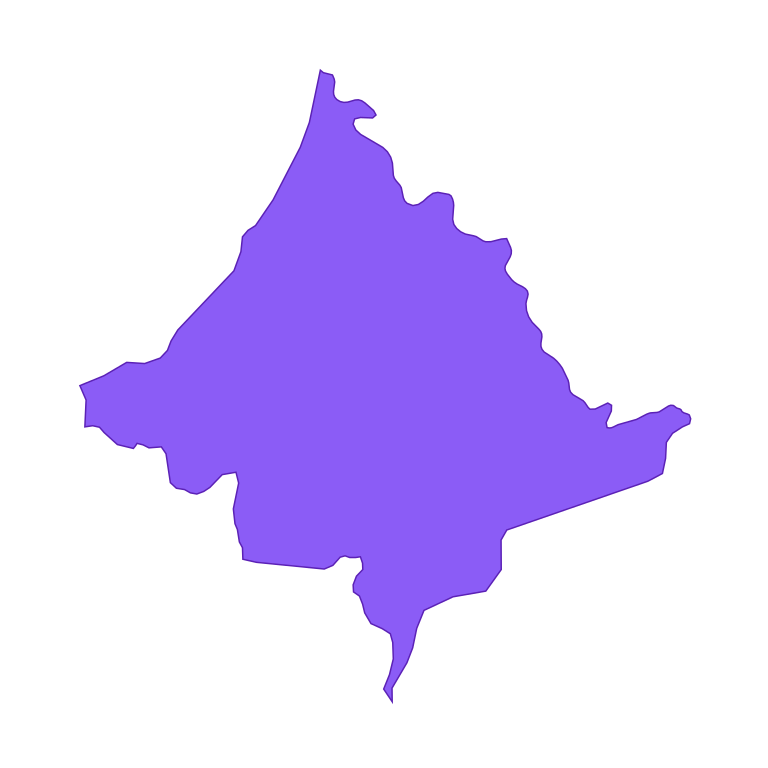 the border of Gorgol, rotated 176°
{"feature_id": "MRT-2791", "entity_name": "Gorgol", "entity_type": "Region", "adm_level": 1, "iso_a3": "MRT", "parent_name": "Mauritania", "parent_adm1": "", "projection": "orthographic", "projection_center": [-12.986, 15.995], "detail": "fine", "context": "isolated", "style": "filled", "palette": "violet", "viewbox_px": 768, "rotation_deg": 176, "n_neighbors": 0, "source": "natural_earth", "source_scale": "10m", "svg_char_len": 2789}
<svg xmlns="http://www.w3.org/2000/svg" viewBox="0 0 768 768"><g transform="rotate(176 384 384)"><path d="M99.4,342.8L96.9,342.4L96.2,341.9L93.9,339.8L92.9,339.3L90.7,338.5L89.9,337.9L89.4,337.4L88.9,336.1L88.5,335.5L86.9,334.3L83.2,332.8L81.6,331.8L80.5,327.9L82.0,323.1L89.3,320.4L99.6,314.7L106.4,306.1L108.3,290.1L112.5,275.3L127.6,268.6L271.7,229.8L278.1,220.2L280.0,190.7L296.9,170.3L330.1,166.9L359.9,155.4L368.4,138.0L373.8,118.8L380.6,104.3L397.2,80.1L398.0,66.5L405.6,79.7L398.8,93.7L393.9,109.1L393.3,125.5L395.1,134.4L402.9,140.1L413.7,145.9L419.2,157.0L420.7,165.9L423.3,174.2L428.9,178.7L428.8,185.8L424.9,194.2L418.1,200.4L417.9,206.8L419.6,213.3L424.3,212.9L430.3,213.3L434.8,215.3L439.8,214.3L447.6,206.7L456.5,203.6L523.6,215.0L537.0,219.0L536.6,230.6L539.3,236.5L540.4,249.1L542.4,255.0L543.0,269.9L535.9,295.3L537.8,306.3L551.7,304.9L564.9,293.0L571.3,289.4L578.4,287.3L584.7,288.9L590.3,292.6L598.4,294.5L604.0,300.5L606.3,329.6L610.5,336.8L622.9,336.7L628.6,340.1L634.5,342.0L636.1,339.8L638.5,337.2L654.2,342.2L666.6,355.1L670.8,360.7L677.5,362.7L685.4,362.1L682.3,388.8L687.5,403.6L663.0,411.7L639.2,423.5L621.3,421.1L605.4,425.5L597.7,432.6L593.4,441.8L585.9,452.3L525.8,507.4L517.5,526.0L514.9,540.7L508.9,546.8L501.1,551.0L481.8,575.4L451.0,626.0L440.2,650.1L425.6,701.5L422.8,698.8L413.9,695.9L413.5,694.9L412.4,691.6L412.1,688.7L414.0,679.4L414.0,676.4L413.1,673.5L411.2,671.0L408.0,668.8L404.4,667.7L400.6,667.7L393.1,669.3L389.7,669.3L386.5,668.1L383.4,665.7L375.3,657.5L373.2,652.9L376.8,650.2L388.9,651.5L394.8,650.5L396.7,645.4L394.4,639.4L389.9,634.6L368.7,620.1L364.4,615.4L361.5,609.8L360.2,603.8L360.1,591.5L359.4,588.6L357.8,585.9L354.3,581.2L353.1,578.7L351.7,568.5L350.6,565.3L348.4,562.6L342.7,560.0L337.2,560.7L332.0,563.6L327.3,567.4L321.9,570.8L316.9,571.4L306.0,568.6L304.0,567.0L302.7,563.7L302.1,560.5L302.0,557.3L304.0,543.5L303.2,538.3L300.6,534.0L296.9,530.5L292.4,527.9L284.3,525.6L281.7,524.6L275.1,519.8L272.6,518.8L267.4,518.5L256.8,520.4L251.5,520.5L248.2,511.4L247.6,508.3L248.0,505.0L249.3,502.0L254.7,493.6L255.3,490.9L254.9,488.2L253.4,485.1L249.4,479.2L247.0,476.6L244.2,474.4L238.8,471.2L236.3,469.2L234.5,466.7L234.0,463.6L234.8,460.5L236.0,457.4L236.8,454.3L236.7,447.2L235.0,440.9L231.9,435.2L225.5,427.7L224.0,425.5L223.2,423.0L223.2,420.0L224.6,413.8L224.8,410.6L224.0,407.6L222.0,404.7L213.0,397.9L209.9,394.6L207.3,391.1L205.0,387.3L200.1,374.9L199.6,372.1L199.3,365.6L198.4,362.8L196.3,360.2L186.6,353.5L184.9,351.4L182.0,346.4L180.3,344.5L175.0,344.3L162.1,349.4L158.5,346.9L159.1,341.2L165.1,330.0L164.5,324.9L162.1,324.4L160.1,324.5L158.2,325.1L153.3,327.1L134.7,331.0L124.0,335.6L121.3,336.4L120.1,336.6L113.5,336.6L111.4,337.0L101.7,342.2L99.4,342.8Z" fill="#8b5cf6" stroke="#5b21b6" stroke-width="1.5"/></g></svg>